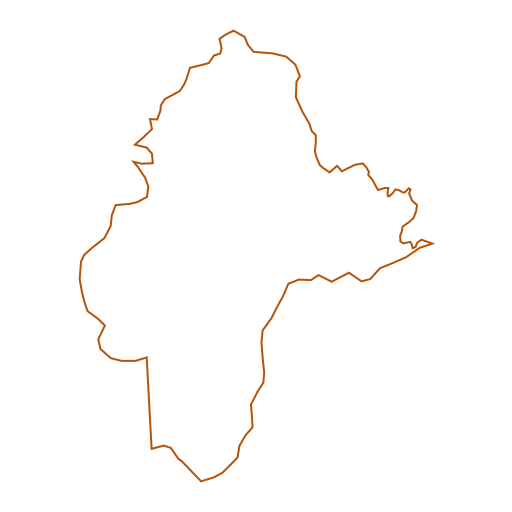 Vasa Kellakiou, Limassol, Cyprus
{"feature_id": "46923920B10749704770194", "entity_name": "Vasa Kellakiou", "entity_type": "district", "adm_level": 2, "iso_a3": "CYP", "parent_name": "Cyprus", "parent_adm1": "Limassol", "projection": "albers", "projection_center": [33.23, 34.801], "detail": "fine", "context": "isolated", "style": "outline", "palette": "amber", "viewbox_px": 512, "rotation_deg": 0, "n_neighbors": 0, "source": "geoboundaries", "source_scale": "gbopen_adm2", "svg_char_len": 1919}
<svg xmlns="http://www.w3.org/2000/svg" viewBox="0 0 512 512"><path d="M219.5,38.8L221.6,48.3L220.2,53.6L214.0,55.5L208.7,63.1L200.8,65.2L190.0,67.8L186.8,78.0L184.4,84.0L179.8,91.0L164.8,99.1L160.9,105.3L160.4,110.7L157.2,119.5L150.0,119.1L152.0,129.1L142.0,138.6L134.9,144.7L146.7,147.6L152.0,153.7L152.8,163.2L141.7,163.7L133.6,161.8L138.0,167.1L145.1,177.7L148.3,186.4L147.0,196.9L137.5,202.0L130.4,203.8L115.7,205.1L111.8,215.4L110.7,226.0L104.4,238.1L92.0,247.9L84.4,254.7L81.0,261.6L79.7,279.5L82.0,292.2L84.4,302.0L87.6,311.2L98.1,318.9L104.9,325.5L98.3,339.2L100.4,349.0L110.9,358.2L121.7,360.9L135.4,360.9L145.9,357.7L146.7,357.4L151.6,448.8L163.9,445.6L170.8,447.9L178.2,458.6L181.7,461.1L201.1,481.3L213.9,477.3L222.4,472.8L231.6,463.6L231.9,463.3L237.6,457.3L239.4,445.9L245.5,435.3L252.6,427.2L251.8,415.3L251.0,404.4L257.8,391.2L263.4,382.5L264.2,372.8L262.6,357.2L261.5,342.1L262.6,330.5L271.5,318.1L277.3,306.5L283.3,295.7L288.3,283.8L298.8,279.6L310.9,280.1L318.5,275.1L331.7,281.7L349.0,272.7L361.6,281.4L370.3,279.0L380.0,268.2L392.4,263.2L406.3,257.1L419.4,247.9L429.1,244.7L432.3,243.6L427.0,241.7L421.5,239.7L417.3,242.6L415.6,246.9L412.6,248.2L411.6,244.0L410.0,241.9L403.3,243.4L400.4,241.4L400.2,235.6L401.9,231.1L402.6,226.6L409.4,221.8L413.5,218.0L416.1,211.3L417.0,205.0L412.1,200.7L409.1,193.4L410.5,189.5L408.8,188.3L404.5,192.6L402.3,192.1L398.7,190.1L395.5,189.4L392.5,193.4L389.2,196.2L387.8,196.1L387.6,192.0L388.4,188.1L385.1,187.9L378.1,190.0L375.9,186.3L372.7,180.2L368.2,174.8L369.0,172.1L366.4,167.4L362.8,163.4L361.5,163.7L354.9,164.8L346.2,169.1L341.9,171.3L337.1,165.8L329.6,172.4L323.2,168.0L319.8,165.1L316.6,157.5L314.9,151.6L315.8,142.0L315.8,135.2L311.9,131.3L309.2,123.4L302.0,110.9L295.9,97.2L296.5,81.6L299.9,76.3L295.4,64.7L286.2,56.6L272.6,53.4L253.6,51.8L247.9,44.9L244.6,36.9L233.6,30.7L225.6,34.6L219.5,38.8Z" fill="none" stroke="#b45309" stroke-width="2"/></svg>